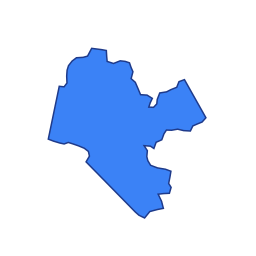 outline of Riachuelo, Sergipe, Brazil, rotated 58°
{"feature_id": "56859067B56389210509313", "entity_name": "Riachuelo", "entity_type": "district", "adm_level": 2, "iso_a3": "BRA", "parent_name": "Brazil", "parent_adm1": "Sergipe", "projection": "albers", "projection_center": [-37.223, -10.727], "detail": "fine", "context": "isolated", "style": "filled", "palette": "blue", "viewbox_px": 256, "rotation_deg": 58, "n_neighbors": 0, "source": "geoboundaries", "source_scale": "gbopen_adm2", "svg_char_len": 1132}
<svg xmlns="http://www.w3.org/2000/svg" viewBox="0 0 256 256"><g transform="rotate(58 128 128)"><path d="M95.2,201.5L99.7,198.1L104.6,193.8L107.7,190.6L108.6,186.3L112.6,182.9L116.8,179.5L122.0,175.8L126.9,174.0L131.4,175.6L134.5,181.5L203.2,166.3L207.9,164.9L213.1,161.6L210.4,153.8L212.7,146.3L214.9,140.6L208.0,138.4L200.1,137.5L202.4,132.7L205.3,127.5L201.2,122.9L196.6,122.9L191.8,118.4L187.4,114.5L182.8,118.1L177.4,124.2L171.6,128.6L166.2,128.5L162.2,127.2L157.5,123.6L151.5,123.7L155.3,118.6L159.1,116.9L155.0,111.7L155.9,105.6L152.0,100.6L150.1,96.5L153.0,92.2L155.3,86.5L159.7,82.2L163.6,76.7L160.6,71.9L161.3,67.2L162.2,62.0L160.6,56.5L116.9,54.5L115.7,60.2L119.3,65.1L118.2,71.3L117.8,76.1L115.1,82.5L119.3,88.1L122.8,90.8L124.0,95.4L121.3,99.3L118.4,95.8L115.8,91.7L110.2,94.4L106.4,99.7L99.7,98.6L93.1,97.6L87.8,99.2L82.9,94.0L78.2,93.3L73.5,92.2L70.0,95.1L66.9,99.0L65.6,106.1L60.5,110.4L56.1,108.2L50.8,105.3L47.6,108.8L41.2,116.6L45.6,124.2L44.3,128.6L41.1,134.5L41.6,139.9L43.6,145.4L46.7,149.0L51.5,152.5L57.5,155.9L59.2,160.4L56.2,164.2L95.2,201.5Z" fill="#3b82f6" stroke="#1e3a8a" stroke-width="1.5"/></g></svg>